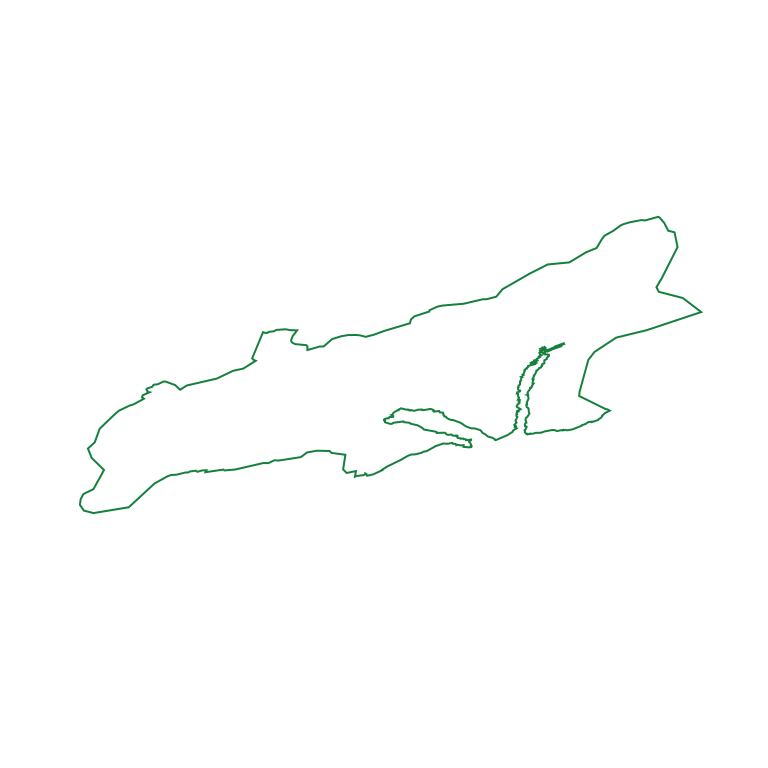 Gloppen nor, Sogn og Fjordane, Norway, rotated 165°
{"feature_id": "86288312B68175693588321", "entity_name": "Gloppen nor", "entity_type": "district", "adm_level": 2, "iso_a3": "NOR", "parent_name": "Norway", "parent_adm1": "Sogn og Fjordane", "projection": "equal_earth", "projection_center": [6.111, 61.723], "detail": "fine", "context": "isolated", "style": "outline", "palette": "green", "viewbox_px": 768, "rotation_deg": 165, "n_neighbors": 0, "source": "geoboundaries", "source_scale": "gbopen_adm2", "svg_char_len": 6140}
<svg xmlns="http://www.w3.org/2000/svg" viewBox="0 0 768 768"><g transform="rotate(165 384 384)"><path d="M59.0,371.4L73.1,389.7L94.7,401.9L95.8,407.0L88.1,414.5L65.0,440.3L64.1,455.3L69.8,458.5L71.7,467.3L74.9,473.7L75.9,474.5L89.6,474.4L92.8,475.7L104.9,476.6L111.8,476.4L114.7,475.8L122.9,472.6L132.6,470.2L136.3,467.3L143.3,460.4L154.8,458.9L173.6,453.5L194.9,457.1L214.4,453.0L245.0,444.9L252.9,439.3L262.8,439.3L266.7,440.3L286.4,440.9L306.9,444.6L312.3,444.9L320.9,443.5L321.5,442.3L337.1,441.5L341.4,439.3L343.1,436.0L370.0,435.2L381.1,434.2L389.4,434.3L394.6,437.2L398.0,438.5L406.3,440.6L413.0,441.2L422.5,440.8L432.5,435.9L436.3,436.8L449.2,436.6L448.2,440.3L449.1,441.7L459.5,445.5L461.6,447.4L462.4,448.7L462.5,450.2L459.9,453.8L454.0,458.3L460.1,460.1L465.1,462.4L474.1,464.1L476.7,463.4L482.0,464.2L483.6,463.5L485.7,464.2L487.4,465.4L504.7,442.9L503.8,441.1L501.9,439.6L516.0,435.3L526.4,435.8L544.1,432.5L574.9,433.6L582.4,431.2L586.0,437.0L594.5,443.0L596.5,443.4L602.8,442.3L606.2,442.9L607.0,442.7L608.6,441.3L613.6,441.0L614.9,440.4L614.3,438.4L614.6,437.6L612.7,436.7L619.9,435.6L621.2,433.8L619.7,431.9L630.9,429.2L635.6,429.0L647.1,426.8L653.5,423.6L670.2,414.4L678.5,402.5L686.7,398.3L685.5,388.2L676.7,373.4L691.8,357.7L702.8,355.5L706.8,351.3L709.0,345.9L706.7,339.4L698.0,334.5L662.4,331.0L631.4,347.3L617.0,350.9L613.4,351.2L607.8,350.1L598.6,349.9L596.6,349.3L593.8,349.7L588.3,349.0L587.0,347.5L582.2,347.6L577.8,346.6L579.2,345.0L561.3,342.9L560.5,341.8L549.8,339.9L521.2,338.9L516.1,337.5L509.6,338.7L505.4,337.3L483.1,334.9L476.1,337.8L466.4,337.0L453.9,333.4L452.5,331.0L439.6,325.6L445.6,312.1L443.1,307.7L433.7,307.2L436.0,302.0L434.5,302.3L426.9,301.2L425.3,301.7L425.2,302.4L424.3,301.6L424.0,299.7L417.8,299.5L407.9,301.2L408.0,301.6L402.1,303.5L387.6,306.3L379.3,308.5L375.6,308.8L372.4,308.0L365.8,307.8L363.3,308.4L360.2,308.1L350.3,310.6L342.2,311.2L338.0,309.8L333.3,309.4L332.9,308.4L330.6,307.7L329.8,306.7L329.9,306.2L329.0,306.4L325.7,304.8L322.9,304.3L323.5,302.7L318.9,301.0L316.7,300.5L315.2,300.5L316.0,300.6L315.6,301.1L316.5,301.4L315.6,303.0L315.9,304.5L316.9,306.2L316.4,306.7L314.6,307.1L314.3,307.8L319.4,308.5L319.3,309.4L321.4,310.2L321.8,310.9L324.0,311.2L324.2,311.7L326.5,312.7L326.9,313.2L326.6,314.0L327.1,314.4L326.5,314.4L326.4,314.9L327.0,315.4L330.4,316.1L331.2,316.5L331.8,317.7L335.4,318.3L336.8,319.3L337.4,320.9L338.2,321.3L345.8,323.1L345.6,323.9L346.4,324.6L357.1,329.6L358.4,331.7L362.3,335.4L368.8,338.9L369.3,339.9L374.7,342.0L374.9,342.8L384.9,344.1L386.8,343.5L388.4,343.9L392.9,346.8L392.5,348.5L393.4,348.9L392.8,350.0L390.2,350.1L387.6,349.5L388.5,350.1L386.9,350.6L383.7,349.9L383.3,350.6L384.9,352.2L383.6,352.4L382.5,353.6L381.0,354.3L377.0,355.2L375.9,354.4L376.7,355.4L373.9,356.1L369.4,353.6L367.0,352.9L367.1,352.4L365.6,352.1L365.5,351.6L363.6,351.4L362.0,350.3L357.6,350.3L354.1,349.6L354.0,348.9L351.8,348.4L345.5,347.9L343.3,346.4L343.4,345.4L342.5,345.2L342.7,344.4L337.7,343.6L337.4,342.2L334.3,340.9L334.6,338.6L334.1,338.2L334.2,337.1L332.7,336.5L332.2,335.1L330.5,333.3L328.2,331.8L326.7,331.4L319.8,326.5L316.1,322.1L311.3,318.6L307.6,317.5L302.8,314.4L301.4,311.2L299.0,308.9L297.3,306.4L293.3,304.0L291.3,302.1L291.1,301.0L290.5,300.9L278.2,302.6L272.2,304.5L271.3,305.7L267.3,306.9L268.7,308.4L266.7,309.3L268.1,309.3L268.6,309.8L268.8,310.7L266.0,312.4L266.5,314.4L263.7,317.7L264.3,318.6L264.2,319.8L264.0,320.3L263.3,320.3L263.4,321.7L262.8,322.4L261.9,322.5L262.2,323.0L261.5,323.0L261.8,323.5L258.6,324.3L261.6,327.5L261.5,328.4L260.0,329.9L258.1,330.5L257.3,332.6L257.9,332.6L257.5,333.1L258.2,333.1L257.7,334.5L258.4,334.5L257.1,336.0L257.7,337.2L257.4,337.9L256.8,337.9L257.4,338.1L257.3,340.0L257.8,340.2L257.2,341.0L257.8,340.9L257.5,341.4L254.6,341.7L254.3,342.3L254.9,342.4L255.8,343.9L255.5,346.0L254.9,346.0L254.4,347.7L252.8,348.2L251.9,351.4L251.3,351.4L250.4,352.6L249.8,354.8L249.1,354.8L249.4,355.2L248.8,355.1L247.7,356.7L247.1,356.7L247.4,357.2L246.7,357.2L245.8,359.0L244.8,359.9L244.9,360.7L244.3,360.7L243.9,361.6L242.0,361.9L241.9,362.7L240.3,363.2L240.2,364.1L237.7,364.2L236.8,365.7L236.9,366.4L235.0,366.8L234.3,366.0L235.9,365.2L236.1,364.2L233.0,364.1L233.0,364.6L231.4,364.9L232.4,366.1L231.6,365.9L231.6,366.5L229.6,366.9L229.9,367.6L232.6,366.2L234.1,366.3L234.6,366.8L233.1,367.2L233.0,367.9L230.5,367.8L230.6,368.3L230.1,368.7L227.3,369.3L226.6,369.6L227.2,370.2L224.6,371.0L225.9,371.6L225.5,372.1L225.9,373.8L224.5,374.6L224.8,376.0L223.4,377.1L223.7,377.5L222.0,377.5L221.6,378.3L220.4,377.8L219.3,378.3L218.5,376.9L218.7,376.3L220.9,376.0L221.3,375.9L220.6,375.5L221.7,375.7L223.0,374.8L223.5,373.8L222.6,372.5L221.6,372.6L219.1,375.2L217.9,374.5L215.7,374.6L210.8,375.3L209.0,376.0L199.8,376.8L199.6,376.0L202.0,375.8L203.0,374.6L212.0,374.0L217.6,373.0L220.0,373.7L221.4,372.0L220.7,371.6L220.9,371.0L218.1,370.1L217.9,369.1L217.2,369.2L217.3,368.5L219.9,367.2L220.3,366.0L223.0,365.4L223.8,362.5L226.0,362.2L226.0,361.5L226.8,361.2L226.8,360.3L227.4,360.3L228.1,359.3L230.0,359.3L230.8,358.3L233.6,357.2L233.5,356.7L236.4,353.5L237.0,353.5L236.9,352.9L238.3,351.4L238.5,350.4L239.2,350.4L239.3,349.4L238.6,349.4L240.3,346.6L240.5,345.3L239.9,345.3L241.4,344.1L241.6,343.2L242.9,342.7L243.0,342.2L243.9,342.4L244.2,341.4L247.5,338.7L247.7,336.6L248.5,336.5L247.6,336.0L248.1,335.1L247.9,333.5L248.7,331.7L250.8,329.3L251.1,327.2L251.8,327.3L252.0,326.4L252.1,324.7L250.7,323.1L251.3,319.7L251.2,317.8L254.4,314.9L255.7,314.6L256.6,312.7L256.4,309.8L257.7,309.5L258.5,308.3L258.7,306.6L257.3,306.0L257.5,305.3L259.1,303.5L260.2,303.0L260.0,302.1L260.4,300.7L259.5,299.0L258.9,299.0L258.9,298.5L258.3,298.1L255.5,298.2L255.5,297.9L252.1,297.4L250.2,297.6L245.0,296.3L240.9,296.6L233.1,296.0L230.6,295.0L229.2,293.8L222.9,293.3L223.0,292.9L220.8,292.7L219.0,291.8L213.7,291.4L203.9,292.5L203.5,293.0L199.7,293.2L196.8,294.3L193.1,293.9L193.1,293.4L186.5,293.8L185.5,294.6L183.3,295.1L181.4,296.6L181.5,296.9L178.3,298.6L172.8,299.8L174.4,301.4L176.6,302.6L198.6,321.9L197.2,325.7L180.4,354.4L172.4,360.5L147.7,368.7L116.5,368.0L59.0,371.4Z" fill="none" stroke="#15803d" stroke-width="2"/></g></svg>